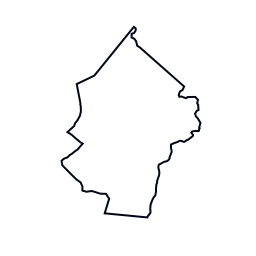 Deglos, Castries, Saint Lucia (Albers equal-area conic projection), rotated 245°
{"feature_id": "8701671B12936296158000", "entity_name": "Deglos", "entity_type": "district", "adm_level": 2, "iso_a3": "LCA", "parent_name": "Saint Lucia", "parent_adm1": "Castries", "projection": "albers", "projection_center": [-60.976, 13.977], "detail": "fine", "context": "isolated", "style": "outline", "palette": "ink", "viewbox_px": 256, "rotation_deg": 245, "n_neighbors": 0, "source": "geoboundaries", "source_scale": "gbopen_adm2", "svg_char_len": 2535}
<svg xmlns="http://www.w3.org/2000/svg" viewBox="0 0 256 256"><g transform="rotate(245 128 128)"><path d="M189.5,100.1L170.8,95.4L169.5,94.7L168.0,94.5L162.9,92.3L159.4,89.6L156.1,85.1L154.8,82.2L152.6,80.1L150.3,72.9L149.9,71.4L145.6,74.1L140.5,76.3L135.2,78.8L133.0,80.4L129.8,73.2L129.6,71.6L128.2,65.5L128.1,63.8L127.0,60.8L127.2,56.6L126.3,53.9L121.9,52.7L109.9,57.0L103.2,59.5L98.8,62.0L94.3,62.0L90.6,60.2L90.3,60.5L89.4,61.6L87.8,63.4L86.8,66.7L86.1,68.7L80.3,75.0L79.4,76.7L77.6,80.3L73.4,80.8L71.8,81.0L68.7,78.2L60.5,70.8L50.0,88.7L38.8,107.7L39.1,107.9L39.4,108.3L39.6,108.6L40.0,109.2L40.2,109.8L40.5,110.2L40.7,110.7L41.1,111.5L41.3,112.1L41.7,112.4L42.1,112.7L42.5,112.9L42.8,113.1L43.3,113.2L43.8,113.5L44.4,113.7L45.1,113.9L45.5,114.0L46.1,114.4L46.6,114.7L47.2,115.1L47.7,115.4L48.3,115.6L48.7,115.9L49.3,116.4L50.1,117.2L50.5,117.6L51.0,118.2L51.9,119.0L52.3,119.4L52.8,120.1L53.1,120.4L53.5,120.9L53.7,121.3L54.4,122.0L54.5,122.4L54.8,123.0L55.0,123.5L55.2,124.2L56.3,124.9L57.7,125.9L58.2,126.3L58.8,126.7L59.4,126.9L60.0,127.1L60.6,127.4L64.9,129.9L65.9,131.1L68.2,132.4L71.3,135.5L73.0,136.9L75.7,138.1L78.8,138.6L80.6,139.4L81.8,140.6L81.8,142.5L82.1,146.5L81.8,147.6L81.7,147.8L81.5,149.1L81.5,149.4L81.6,150.1L81.8,150.7L81.9,151.2L82.1,151.7L82.5,152.4L82.9,152.8L83.4,153.0L83.9,153.3L86.6,156.2L87.0,156.6L87.4,157.0L88.0,157.5L88.9,157.9L89.5,158.1L90.3,158.2L91.1,158.4L91.9,158.6L92.5,158.7L93.0,159.0L93.4,159.3L94.3,159.7L94.8,160.0L94.9,160.5L94.9,161.4L94.9,161.8L94.8,162.5L94.8,163.1L94.7,164.4L94.6,165.1L94.5,166.3L94.4,166.9L94.4,167.5L94.5,168.1L94.6,168.6L94.6,169.0L94.5,169.5L94.3,169.9L94.1,170.3L93.9,170.6L93.6,171.1L93.2,171.5L92.6,171.9L92.0,172.6L91.7,173.2L91.7,173.7L91.7,174.2L91.9,174.9L92.1,175.5L92.2,176.1L92.1,176.7L92.0,177.4L92.0,177.9L92.3,178.8L92.5,179.6L92.6,180.4L92.9,181.5L93.0,182.2L93.2,183.0L93.4,183.4L93.7,183.8L94.3,184.0L94.7,183.9L95.2,183.8L96.3,183.5L97.2,183.5L97.6,184.3L97.6,185.2L97.3,186.3L97.0,187.2L96.6,188.3L96.2,189.1L95.9,189.6L95.5,190.3L95.4,190.7L95.5,190.9L95.6,191.2L95.8,191.4L97.0,192.1L97.6,192.4L97.6,192.8L98.6,192.9L101.9,195.8L106.9,195.4L109.9,194.5L112.7,194.8L114.5,197.6L114.5,199.5L119.4,201.4L121.0,201.1L124.0,203.3L127.7,202.1L130.8,195.4L130.5,193.2L134.2,189.4L134.5,187.8L136.3,187.8L139.1,190.4L139.4,193.5L141.9,196.4L196.2,172.7L198.6,171.1L203.3,172.0L206.3,171.4L208.5,169.5L211.8,171.1L211.5,173.6L213.1,176.1L214.9,177.1L217.2,176.1L189.7,119.6L189.5,100.1Z" fill="none" stroke="#020617" stroke-width="2"/></g></svg>